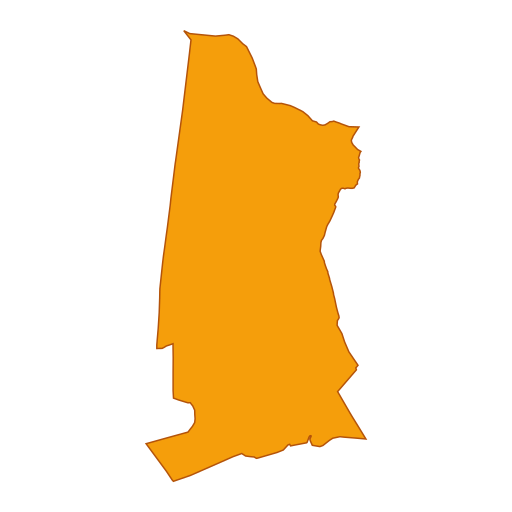 Fantanele, Arad, Romania
{"feature_id": "2599482B83782028034718", "entity_name": "Fantanele", "entity_type": "district", "adm_level": 2, "iso_a3": "ROU", "parent_name": "Romania", "parent_adm1": "Arad", "projection": "equal_earth", "projection_center": [21.396, 46.094], "detail": "fine", "context": "isolated", "style": "filled", "palette": "amber", "viewbox_px": 512, "rotation_deg": 0, "n_neighbors": 0, "source": "geoboundaries", "source_scale": "gbopen_adm2", "svg_char_len": 2944}
<svg xmlns="http://www.w3.org/2000/svg" viewBox="0 0 512 512"><path d="M365.9,439.0L357.7,425.6L352.0,416.4L349.5,412.2L337.6,391.6L356.4,369.8L355.8,367.9L358.0,365.3L348.9,351.9L344.6,341.9L341.9,333.6L337.1,325.3L337.4,320.6L338.4,319.1L339.1,317.8L338.9,316.0L338.0,313.2L337.2,310.2L336.4,307.1L334.6,298.4L333.6,294.7L333.4,292.9L331.8,286.6L329.7,279.6L329.5,278.2L327.9,273.1L327.8,271.7L326.5,268.8L325.4,265.7L324.4,262.6L324.3,261.2L323.4,259.2L321.3,254.5L320.1,251.2L320.7,246.4L320.9,242.6L321.5,240.3L322.9,238.5L324.4,235.4L324.6,234.5L325.1,232.4L326.7,226.7L327.7,224.6L329.9,220.9L332.1,216.2L333.7,212.6L335.7,207.2L335.7,206.4L334.7,205.2L334.8,203.9L335.7,202.5L336.7,200.6L337.8,198.4L338.2,197.4L338.3,196.4L338.1,195.2L338.1,194.2L338.4,193.0L339.8,190.5L340.5,189.2L341.8,188.3L343.2,188.2L345.0,188.8L345.9,188.3L347.8,188.0L350.7,188.3L352.4,188.3L354.1,187.9L354.7,187.0L355.3,186.0L356.1,184.9L357.5,183.9L357.4,183.1L357.3,181.9L357.9,180.3L358.5,179.3L358.8,178.7L359.4,178.1L359.6,176.9L360.0,175.1L359.9,173.7L360.3,172.7L360.1,171.1L359.6,169.9L358.6,168.5L358.5,167.5L359.0,166.4L358.8,164.6L358.8,163.3L359.2,162.4L359.2,161.1L359.5,160.0L358.8,158.8L358.6,157.3L359.1,156.1L360.1,152.5L360.9,151.4L357.6,149.5L353.1,144.9L351.7,142.4L351.3,140.3L351.8,139.1L352.7,137.3L352.9,136.4L355.5,132.3L358.9,127.0L349.0,126.7L341.0,123.8L339.7,123.2L336.1,122.0L333.8,121.1L332.1,121.6L330.0,121.7L327.6,123.4L325.0,124.9L322.8,125.3L320.7,124.9L318.4,124.1L316.5,122.0L312.4,120.8L307.9,115.7L302.9,111.7L301.4,110.9L294.4,107.4L290.2,105.6L285.1,104.3L281.4,103.4L279.8,103.5L274.7,103.4L271.9,102.4L266.8,98.1L263.1,93.8L260.7,88.4L257.8,81.7L256.7,74.6L256.3,69.0L255.5,66.7L252.2,58.0L246.5,46.6L242.8,43.8L237.9,38.9L233.4,36.2L228.9,34.7L225.2,35.2L215.5,36.1L189.8,33.6L183.8,30.7L187.4,35.3L191.0,39.9L189.4,53.9L182.6,110.5L175.6,161.0L175.2,163.6L170.9,198.4L170.2,205.3L167.3,228.0L166.3,235.1L164.6,247.9L163.5,255.6L162.7,262.3L161.7,271.7L160.5,283.0L159.9,288.7L159.8,292.1L159.7,297.8L159.2,312.8L158.2,328.5L157.6,335.5L156.8,344.9L156.8,348.5L162.1,348.4L163.9,347.5L165.2,346.7L166.5,345.9L169.1,345.1L173.0,343.7L173.2,358.1L173.1,372.6L173.1,390.6L173.5,398.1L178.7,400.0L187.9,402.8L190.3,402.7L191.5,404.4L192.7,405.8L194.7,410.2L194.8,414.4L195.1,418.8L194.7,422.5L192.5,426.3L190.2,429.2L188.0,432.1L166.9,437.9L146.1,443.7L166.3,471.1L172.2,480.0L173.4,481.3L190.7,475.3L233.2,456.6L241.8,453.5L242.2,453.8L245.6,456.0L250.0,456.6L254.2,457.0L255.8,458.0L256.4,458.3L257.7,458.1L277.0,452.5L283.3,450.0L288.0,444.9L289.7,444.3L290.6,445.9L294.0,445.2L306.6,442.8L307.1,442.3L308.2,439.4L308.9,437.3L309.8,435.9L310.4,435.7L310.9,435.7L311.1,435.9L311.1,436.4L310.1,438.5L309.9,439.6L310.4,441.1L310.9,442.2L312.3,445.3L319.9,446.6L322.9,445.5L329.5,440.3L332.8,438.2L339.9,436.7L342.7,437.0L344.7,437.2L356.0,438.1L365.9,439.0Z" fill="#f59e0b" stroke="#b45309" stroke-width="1.5"/></svg>